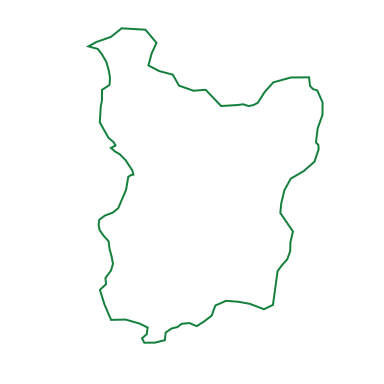 the border of Lovech, rotated 277°
{"feature_id": "BGR-2247", "entity_name": "Lovech", "entity_type": "Province", "adm_level": 1, "iso_a3": "BGR", "parent_name": "Bulgaria", "parent_adm1": "", "projection": "albers", "projection_center": [24.557, 43.037], "detail": "fine", "context": "isolated", "style": "outline", "palette": "green", "viewbox_px": 384, "rotation_deg": 277, "n_neighbors": 0, "source": "natural_earth", "source_scale": "10m", "svg_char_len": 1398}
<svg xmlns="http://www.w3.org/2000/svg" viewBox="0 0 384 384"><g transform="rotate(277 192 192)"><path d="M250.1,312.5L237.1,309.9L226.4,300.4L217.3,288.4L205.0,283.5L192.2,282.0L182.0,282.2L165.1,297.0L154.1,295.8L145.3,296.7L136.7,294.7L130.5,290.3L124.0,286.6L89.8,286.1L84.4,277.7L88.1,262.9L88.7,250.9L88.1,239.0L82.2,229.0L71.7,226.6L65.1,219.9L59.4,213.1L61.6,205.4L59.9,197.8L56.1,193.9L54.1,188.4L49.3,183.0L41.6,183.1L37.9,173.4L36.6,163.0L40.7,160.2L45.3,164.4L52.1,164.5L55.0,156.2L57.3,141.5L55.2,127.3L69.6,118.9L83.7,112.5L90.0,117.9L96.1,116.6L104.3,121.2L111.1,122.3L117.6,120.3L125.5,117.1L133.0,115.2L137.6,109.8L143.0,104.9L148.1,103.3L153.3,103.4L158.1,108.6L161.7,115.6L166.8,120.7L186.2,126.3L199.3,126.9L201.1,129.0L202.1,131.7L206.2,130.1L215.7,122.0L220.7,115.7L222.9,110.5L225.9,106.2L228.8,110.4L231.8,108.3L235.6,102.5L249.8,92.0L266.1,91.0L272.3,91.5L282.4,90.2L288.2,97.1L295.2,96.7L302.7,94.5L310.7,91.1L317.7,85.8L322.5,81.1L323.9,71.5L329.3,78.9L336.1,92.7L345.9,102.2L347.4,126.0L335.7,138.6L324.8,135.1L312.3,133.3L308.0,144.8L306.1,158.7L296.0,166.1L292.7,181.1L295.1,193.1L280.9,210.4L283.9,226.8L285.3,232.0L284.2,237.7L285.8,242.4L288.5,246.4L300.2,252.0L310.8,259.4L317.7,276.2L320.1,294.2L311.7,296.2L308.9,299.5L308.0,304.0L296.8,310.7L284.4,312.1L270.5,309.0L256.3,309.0L254.2,311.6L250.1,312.5Z" fill="none" stroke="#15803d" stroke-width="2"/></g></svg>